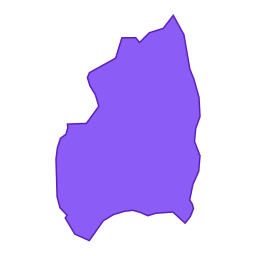 an SVG outline of Bubanza
{"feature_id": "BDI-2636", "entity_name": "Bubanza", "entity_type": "Province", "adm_level": 1, "iso_a3": "BDI", "parent_name": "Burundi", "parent_adm1": "", "projection": "equal_earth", "projection_center": [29.392, -3.111], "detail": "fine", "context": "isolated", "style": "filled", "palette": "violet", "viewbox_px": 256, "rotation_deg": 0, "n_neighbors": 0, "source": "natural_earth", "source_scale": "10m", "svg_char_len": 686}
<svg xmlns="http://www.w3.org/2000/svg" viewBox="0 0 256 256"><path d="M65.2,217.9L67.2,215.4L60.0,207.8L57.1,196.8L56.0,159.2L57.4,147.8L60.5,138.3L65.9,134.3L67.8,127.8L67.4,124.1L86.4,123.4L98.8,106.3L95.4,94.8L89.9,85.7L87.4,77.5L89.5,72.6L115.7,58.1L121.9,37.8L135.7,37.7L139.5,42.5L149.4,32.7L163.2,28.4L173.3,15.4L183.9,34.7L189.8,68.9L193.9,79.2L199.0,97.4L200.0,116.6L195.7,128.5L194.5,141.5L200.0,155.7L198.7,171.4L192.9,184.4L189.7,199.8L192.2,203.9L193.5,208.7L190.2,216.8L185.1,223.2L172.9,212.0L155.9,213.2L147.8,215.7L140.3,212.4L132.8,210.3L124.8,211.2L113.7,214.5L103.3,220.7L89.3,240.6L74.8,234.1L65.2,217.9Z" fill="#8b5cf6" stroke="#5b21b6" stroke-width="1.5"/></svg>